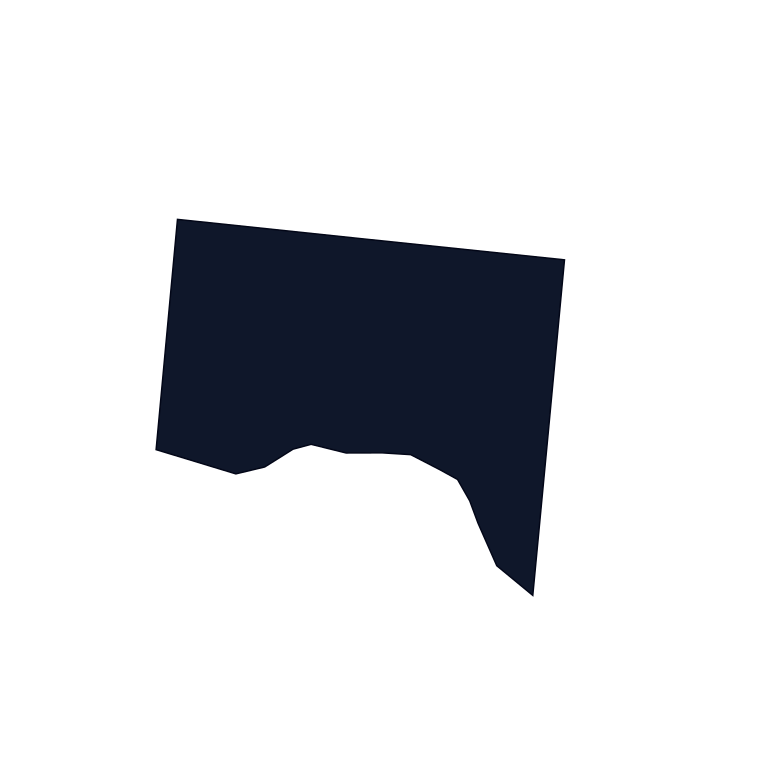 the border of District of Columbia, rotated 321°
{"feature_id": "USA-3556", "entity_name": "District of Columbia", "entity_type": "Federal District", "adm_level": 1, "iso_a3": "USA", "parent_name": "United States of America", "parent_adm1": "", "projection": "orthographic", "projection_center": [-77.033, 38.899], "detail": "fine", "context": "isolated", "style": "filled", "palette": "ink", "viewbox_px": 768, "rotation_deg": 321, "n_neighbors": 0, "source": "natural_earth", "source_scale": "10m", "svg_char_len": 423}
<svg xmlns="http://www.w3.org/2000/svg" viewBox="0 0 768 768"><g transform="rotate(321 384 384)"><path d="M366.6,641.9L357.3,596.2L369.5,551.3L377.1,528.8L381.1,504.5L373.5,485.8L360.3,455.7L339.3,436.4L311.1,413.7L289.4,385.0L272.3,377.4L239.1,373.4L212.3,360.6L165.6,291.6L250.0,205.1L327.1,126.1L454.5,253.5L602.4,401.1L480.1,526.1L366.6,641.9L366.6,641.9Z" fill="#0f172a" stroke="#020617" stroke-width="1.5"/></g></svg>